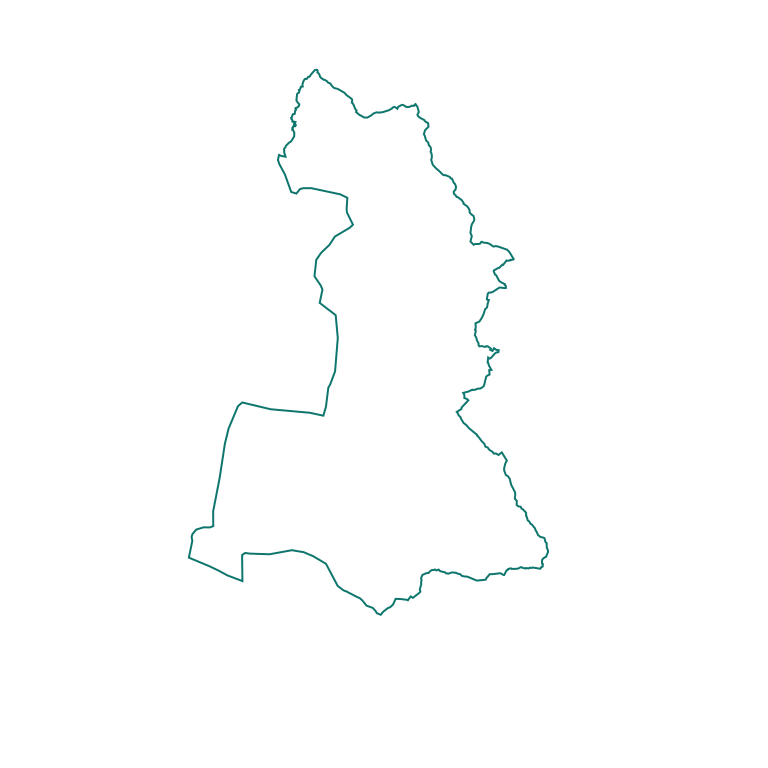 Buciumeni, Dâmbovita, Romania (Mercator projection), rotated 303°
{"feature_id": "2599482B58085044870447", "entity_name": "Buciumeni", "entity_type": "district", "adm_level": 2, "iso_a3": "ROU", "parent_name": "Romania", "parent_adm1": "Dâmbovita", "projection": "mercator", "projection_center": [25.46, 45.165], "detail": "fine", "context": "isolated", "style": "outline", "palette": "teal", "viewbox_px": 768, "rotation_deg": 303, "n_neighbors": 0, "source": "geoboundaries", "source_scale": "gbopen_adm2", "svg_char_len": 6154}
<svg xmlns="http://www.w3.org/2000/svg" viewBox="0 0 768 768"><g transform="rotate(303 384 384)"><path d="M319.5,615.4L319.4,614.6L319.8,614.1L322.4,612.5L324.2,612.5L326.3,613.3L327.1,614.0L331.9,613.2L333.6,612.3L335.5,609.6L339.1,607.1L339.5,605.4L342.1,602.6L341.8,600.7L340.9,598.6L341.2,595.4L343.2,592.5L343.9,590.7L345.1,589.4L346.7,584.5L346.6,582.9L347.8,580.8L347.9,578.9L351.3,574.8L351.2,574.7L353.3,573.4L353.6,572.7L354.5,568.7L354.5,567.0L355.5,565.5L354.5,563.1L354.8,561.2L358.4,558.9L358.9,556.7L359.4,555.9L362.1,554.7L364.5,553.0L368.7,545.6L373.1,540.9L374.2,537.9L374.0,535.8L377.0,531.8L378.9,530.6L383.6,529.0L386.6,528.8L390.8,520.1L386.8,518.6L386.7,515.7L385.4,513.9L386.2,512.1L386.2,508.1L387.2,505.5L386.7,503.1L388.5,500.8L389.2,497.3L390.9,492.7L391.4,490.3L392.0,490.0L393.2,479.3L394.3,475.8L394.7,471.9L396.6,467.9L397.9,466.1L398.3,463.8L399.6,462.0L400.2,460.2L405.1,462.5L406.6,461.9L416.3,463.6L416.6,461.7L416.0,459.0L417.8,458.0L419.1,456.6L419.7,455.3L423.8,459.0L427.4,461.2L427.5,461.9L428.8,463.6L431.0,465.0L432.7,467.3L435.1,468.4L437.0,468.8L445.5,465.8L446.9,465.9L449.4,467.4L452.9,464.7L454.3,466.4L456.5,462.2L458.6,459.6L458.5,459.2L462.9,457.0L462.7,458.4L462.9,458.9L464.9,459.7L469.8,460.3L471.7,461.1L473.0,462.6L474.8,461.8L473.8,459.6L473.9,456.8L470.8,457.0L470.5,454.4L471.9,454.4L472.1,450.6L471.6,449.3L470.6,449.0L470.0,448.1L469.1,445.5L467.5,443.4L468.2,442.1L469.7,441.0L471.4,437.9L473.2,436.1L474.4,433.6L478.3,432.2L479.3,431.2L479.1,430.8L481.0,430.4L484.8,427.7L488.3,430.0L492.7,430.0L496.5,429.5L501.8,428.1L504.4,428.7L508.1,427.1L511.5,426.2L510.9,424.6L511.1,424.1L516.4,421.8L517.8,422.2L519.3,424.3L520.4,425.0L527.9,428.4L530.3,433.3L531.1,434.0L532.8,432.4L532.7,431.4L533.6,431.0L533.1,427.3L533.2,424.4L536.3,418.9L536.3,417.5L538.2,414.7L539.2,414.3L544.0,416.9L544.2,417.4L548.6,418.3L548.7,419.0L554.3,419.5L554.3,420.1L556.6,422.8L557.1,422.5L558.6,424.5L559.4,424.7L563.1,417.0L563.7,414.2L561.3,404.4L560.5,402.6L558.9,401.0L559.0,395.6L558.3,393.5L556.7,390.2L556.6,388.6L556.2,388.2L554.0,388.1L552.9,387.0L551.1,384.2L549.6,383.4L550.6,378.9L555.9,377.1L557.7,374.3L563.1,371.6L565.8,370.7L569.7,370.6L571.1,370.2L573.7,367.6L573.8,365.4L574.2,363.2L574.7,362.3L576.4,361.1L577.7,358.7L578.3,356.9L578.5,352.5L579.3,352.1L579.7,350.9L580.5,349.4L580.9,344.0L580.5,343.4L580.7,342.2L581.3,341.4L581.5,339.4L582.5,338.2L583.6,337.7L586.1,338.1L588.8,336.9L590.5,334.4L590.7,333.0L593.2,329.3L592.8,327.8L593.4,326.9L593.4,326.0L592.7,321.9L591.8,320.7L591.6,319.2L592.8,313.6L593.1,310.7L594.4,305.5L597.8,301.4L599.0,301.2L601.1,300.1L603.3,298.2L604.1,296.6L606.2,295.9L607.7,294.4L608.5,292.7L608.6,291.6L610.3,289.9L610.8,288.9L611.1,286.8L614.6,282.7L615.2,281.4L619.2,280.2L624.0,281.2L626.2,279.4L626.9,278.6L626.6,276.5L626.8,275.0L627.3,274.2L626.9,269.6L627.1,267.0L628.0,265.4L631.0,265.1L634.3,261.5L635.0,260.6L635.1,259.4L635.9,258.3L635.9,257.9L633.4,257.5L632.7,255.9L630.4,254.5L629.2,253.2L628.5,251.7L628.5,248.8L628.2,247.5L627.7,246.9L624.3,245.0L622.1,245.3L622.3,243.0L622.0,241.7L620.5,240.7L619.4,240.6L616.4,239.1L611.2,234.8L608.6,231.6L607.8,229.8L605.0,227.8L602.7,227.2L598.3,224.9L596.6,221.9L596.6,218.9L596.3,216.7L596.9,212.4L598.5,212.0L598.9,210.2L601.5,206.6L602.4,204.7L602.4,203.8L604.9,202.7L605.5,201.7L605.9,195.1L606.7,192.4L606.3,184.6L605.3,181.7L605.1,180.3L605.8,177.5L606.8,175.5L606.3,173.1L606.9,171.0L606.8,168.7L606.4,168.1L606.4,164.6L606.8,163.2L608.4,161.2L608.9,160.2L609.0,158.5L610.6,157.8L611.0,157.1L610.7,156.1L609.5,155.0L603.1,154.1L601.6,154.3L601.0,154.1L600.4,153.2L597.7,153.0L596.8,151.5L594.1,151.5L591.5,152.2L589.8,153.1L589.2,153.8L587.9,152.4L585.5,153.1L584.5,153.1L584.2,152.6L582.8,153.9L581.9,153.9L580.5,153.2L579.6,153.3L574.1,156.1L572.9,158.8L572.5,160.5L571.3,161.2L568.8,160.8L567.4,159.6L566.7,159.7L566.1,160.9L564.3,160.8L562.2,161.9L561.7,161.9L560.9,160.8L559.9,160.7L557.9,161.4L556.6,161.1L555.8,162.0L555.9,162.9L554.2,164.2L554.7,165.0L554.2,165.8L555.2,166.1L555.5,167.1L553.5,167.5L553.2,169.0L552.8,169.2L551.9,169.1L551.7,167.5L550.4,168.0L550.0,167.6L549.3,167.9L548.6,167.7L548.2,168.5L547.2,168.6L547.4,169.6L545.9,171.9L542.8,173.8L537.0,174.0L534.6,172.9L530.2,172.0L528.7,172.4L526.9,172.1L526.2,172.4L525.3,173.4L524.1,173.9L521.0,177.6L519.3,173.6L519.0,171.2L514.2,173.0L511.5,176.3L505.9,186.6L494.5,201.6L496.0,206.8L501.8,207.4L504.3,209.7L508.6,216.3L519.2,243.9L520.2,251.8L510.3,257.4L507.6,259.6L500.7,271.2L496.5,270.2L480.9,262.5L471.2,262.5L459.6,259.8L451.2,259.6L436.5,267.0L432.0,277.6L429.6,281.0L417.0,285.9L415.4,306.0L397.4,320.2L367.9,336.1L354.3,339.1L350.6,339.3L333.3,347.7L324.4,350.4L319.5,337.5L301.1,302.7L291.3,275.2L285.9,273.6L262.1,277.9L247.2,283.1L216.0,297.2L184.1,310.1L171.8,318.2L168.8,316.0L165.6,310.8L159.6,305.8L153.7,305.1L150.9,306.0L148.0,308.7L132.1,314.9L136.2,337.5L137.4,347.1L138.2,356.9L141.6,372.6L163.2,358.2L166.6,359.5L168.7,363.9L178.9,380.8L194.4,397.2L199.2,408.2L201.0,418.3L201.6,433.3L189.4,455.2L188.9,462.2L189.2,464.6L189.7,465.6L189.7,468.3L190.1,470.6L190.6,476.7L191.2,480.0L190.7,483.7L188.6,490.0L190.1,496.6L189.0,500.6L187.9,502.9L188.7,507.0L192.4,507.3L197.8,509.1L200.2,510.7L203.8,511.7L210.2,510.8L213.2,516.0L215.6,521.0L215.6,521.8L220.4,522.1L220.4,524.7L228.7,527.6L230.0,527.4L230.9,526.0L236.6,524.2L237.5,523.3L239.9,522.4L241.2,520.9L244.8,520.2L248.5,522.6L249.9,524.4L251.4,524.4L254.2,525.5L254.9,527.0L256.0,527.5L256.2,528.0L256.2,529.4L256.6,529.9L258.0,530.7L258.1,531.3L257.6,533.0L259.3,537.8L259.0,539.1L260.1,541.4L262.4,543.1L263.7,544.7L264.3,546.4L264.9,547.0L265.0,548.8L266.0,551.5L265.5,553.7L266.3,556.2L267.3,557.7L268.0,559.6L269.6,568.7L271.4,571.1L275.2,575.8L277.0,575.6L282.1,576.3L284.1,579.2L288.5,584.4L288.8,585.2L288.8,587.7L289.3,588.8L294.6,588.3L295.5,589.1L296.5,588.9L297.6,589.9L298.5,590.8L298.4,591.6L301.1,595.7L302.4,597.1L305.0,598.6L305.5,601.0L306.5,603.4L307.0,603.4L308.2,605.9L309.4,606.3L310.1,608.0L311.0,608.5L314.2,615.7L316.2,615.7L317.4,616.5L318.4,615.7L319.5,615.4Z" fill="none" stroke="#0f766e" stroke-width="2"/></g></svg>